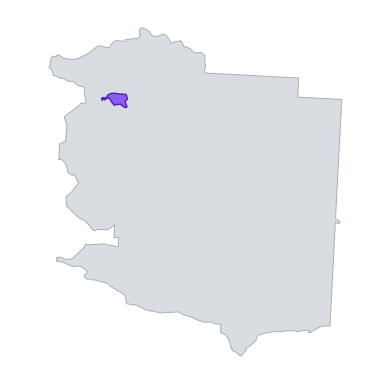 location of Yassin, Eastern Darfur, Sudan, rotated 93°
{"feature_id": "16777658B43092158713843", "entity_name": "Yassin", "entity_type": "district", "adm_level": 2, "iso_a3": "SDN", "parent_name": "Sudan", "parent_adm1": "Eastern Darfur", "projection": "robinson", "projection_center": [25.585, 11.706], "detail": "fine", "context": "in_parent", "style": "filled", "palette": "violet", "viewbox_px": 384, "rotation_deg": 93, "n_neighbors": 0, "source": "geoboundaries", "source_scale": "gbopen_adm2", "svg_char_len": 4800}
<svg xmlns="http://www.w3.org/2000/svg" viewBox="0 0 384 384"><g transform="rotate(93 192 192)"><path d="M268.1,323.7L264.5,323.7L264.1,322.7L264.1,320.1L264.5,318.1L265.8,314.9L265.5,313.2L265.7,310.7L264.7,307.9L255.9,299.7L254.2,297.5L249.5,295.4L250.3,293.1L248.3,276.4L249.2,274.5L249.5,271.6L249.4,269.0L250.5,264.8L250.6,263.0L241.4,262.8L241.3,264.7L241.7,266.7L241.7,267.5L228.9,267.6L234.1,274.1L234.3,277.0L234.1,280.6L234.1,282.9L234.4,284.4L235.8,287.3L235.7,287.8L235.4,288.5L226.4,297.2L224.9,301.3L223.7,303.4L221.0,307.0L212.7,316.3L211.4,316.9L205.0,317.2L204.4,317.5L203.9,317.9L203.6,317.8L198.2,312.3L189.0,305.7L183.0,309.2L181.3,310.4L181.3,313.6L180.4,315.2L178.7,317.0L174.3,318.1L171.9,319.0L169.2,320.8L166.5,323.8L166.3,325.3L166.6,326.7L151.1,326.7L150.1,325.6L147.9,320.6L146.3,320.9L132.2,320.4L130.2,320.9L126.2,322.9L124.2,323.2L122.1,322.3L114.7,312.6L113.1,311.4L111.4,309.1L109.8,308.1L109.3,307.4L109.1,306.4L109.1,304.2L108.6,302.9L107.5,302.6L97.5,304.8L96.1,304.6L94.0,305.0L93.3,305.4L92.4,306.7L92.3,309.3L92.0,310.6L91.3,312.1L88.4,315.4L87.8,316.8L87.9,320.5L87.8,322.3L87.3,323.1L86.1,324.5L85.6,325.3L85.1,330.0L83.6,332.8L83.2,333.8L83.1,335.8L82.9,336.4L78.4,338.0L76.7,339.0L75.7,340.6L75.4,341.3L73.5,340.7L71.0,340.3L66.3,339.8L64.5,339.1L63.6,338.0L63.9,335.2L63.4,334.6L62.7,334.1L62.1,332.8L62.3,331.4L64.7,328.1L65.3,326.4L65.9,318.2L65.7,315.8L63.8,311.2L59.3,303.3L58.2,301.8L52.5,295.3L51.9,294.3L50.5,291.6L52.1,285.6L52.2,283.9L51.8,282.2L50.3,280.9L49.1,280.8L47.4,279.2L46.3,278.4L45.4,277.0L44.7,275.0L45.2,268.0L44.9,267.0L43.4,266.8L43.1,266.2L43.2,264.9L42.4,260.9L41.5,257.5L42.0,255.7L40.8,253.2L38.5,252.1L34.0,252.9L32.6,252.8L31.6,252.3L31.0,251.4L30.6,250.3L31.0,248.7L32.2,245.7L33.8,243.2L37.1,240.9L38.0,239.7L38.5,238.4L38.6,236.9L38.3,235.3L38.0,233.8L37.0,231.9L36.2,229.6L36.1,228.0L36.6,226.9L37.4,225.6L40.7,223.0L44.0,220.8L44.5,220.1L44.3,219.1L42.8,217.4L42.3,213.9L41.5,211.5L43.2,209.7L44.4,209.0L46.3,208.5L47.1,207.7L47.3,206.2L47.3,204.8L48.0,203.8L48.9,201.6L49.7,200.6L52.2,198.0L52.7,196.3L52.9,194.7L52.2,189.8L53.7,187.8L55.5,186.1L58.2,186.2L62.3,185.8L65.2,185.1L67.2,185.1L71.7,186.1L72.2,185.7L72.5,184.4L72.6,91.4L91.5,91.4L91.7,91.2L91.8,47.3L210.6,47.3L211.5,47.1L213.4,43.0L214.2,42.7L215.4,43.0L215.8,43.9L214.9,47.3L318.5,47.2L318.8,52.3L319.7,56.3L322.8,62.0L325.3,65.1L326.3,66.8L326.4,67.6L326.3,68.4L325.5,67.5L324.2,66.9L324.1,69.6L324.8,75.1L325.9,79.0L325.2,82.6L325.4,88.6L326.9,95.9L326.7,100.5L329.0,111.3L331.2,117.3L332.4,118.8L333.7,119.6L336.2,120.1L340.0,123.1L342.9,126.4L344.0,128.1L345.4,129.9L346.4,129.6L347.0,129.1L348.0,130.6L352.7,133.8L353.4,135.3L351.7,136.8L349.8,139.3L349.0,141.6L348.5,142.4L346.9,143.9L346.7,144.6L346.0,145.0L345.3,145.0L343.7,145.8L342.3,145.6L340.9,146.0L340.4,146.6L339.2,147.1L337.7,147.4L335.3,149.3L333.2,150.3L332.5,151.1L331.5,155.1L330.7,156.1L327.6,156.2L326.1,156.5L324.0,156.1L323.0,156.2L322.7,157.0L322.4,160.4L322.5,161.9L320.8,165.7L321.4,173.0L319.8,178.4L319.6,179.7L317.9,184.0L317.1,185.6L315.0,193.6L314.2,196.1L312.4,198.7L314.5,218.0L313.0,223.9L313.1,227.1L312.1,231.9L311.2,234.1L309.9,236.7L308.7,239.7L307.7,243.6L307.1,251.0L306.8,251.7L301.3,252.6L299.5,253.2L298.4,254.0L297.0,255.9L294.2,261.1L292.7,264.3L290.4,268.7L287.7,271.8L287.2,273.3L286.8,276.1L285.8,280.5L284.9,283.7L285.1,286.2L284.3,290.6L284.4,292.8L283.5,294.0L282.2,295.1L281.3,295.4L277.5,292.4L274.8,294.5L273.1,297.3L271.8,300.2L272.6,306.3L272.5,307.6L272.2,309.1L269.6,315.1L268.9,317.8L268.1,322.6L268.1,323.7Z" fill="#d9dde1" stroke="#a8b0b8" stroke-width="1"/><path d="M104.2,284.5L104.2,284.4L104.5,283.9L104.4,283.5L103.7,282.9L103.1,282.4L102.8,281.6L102.6,280.3L102.8,279.5L103.2,279.1L104.1,278.4L105.0,278.0L105.6,277.5L106.1,277.1L106.9,276.4L107.6,275.8L107.7,275.7L108.0,275.3L108.9,274.9L109.2,274.0L108.7,272.0L108.5,270.2L108.3,269.3L108.2,269.0L107.9,268.1L108.7,267.2L110.1,265.3L111.1,263.0L110.8,263.0L110.6,262.5L110.6,262.3L110.6,262.1L110.5,261.9L110.5,261.5L110.4,261.4L109.8,261.6L108.8,262.0L107.6,262.5L106.4,263.1L106.0,263.3L105.6,263.4L105.2,263.4L104.5,263.0L103.7,262.5L102.8,261.4L102.2,261.5L99.5,262.3L99.0,262.4L98.5,262.8L98.1,263.2L98.0,263.5L97.9,264.1L98.0,265.5L98.0,265.8L98.0,266.3L98.0,266.9L98.0,267.5L98.0,267.8L98.0,268.3L98.0,269.4L97.9,270.2L97.9,270.4L97.8,270.7L97.7,271.6L97.6,271.8L97.6,272.4L97.5,274.0L97.5,274.4L97.6,275.8L97.7,277.1L97.8,277.3L97.8,277.5L97.9,277.9L98.0,278.2L99.2,280.6L99.5,281.0L101.9,282.2L102.3,282.6L102.6,283.0L102.6,283.5L102.5,284.4L102.4,285.4L102.4,285.7L102.5,286.3L103.0,287.0L103.6,287.1L103.9,286.9L104.0,286.8L104.3,286.5L104.6,286.5L104.9,286.4L104.4,286.1L104.0,285.7L103.9,285.3L104.2,284.5Z" fill="#8b5cf6" stroke="#5b21b6" stroke-width="1.5"/></g></svg>